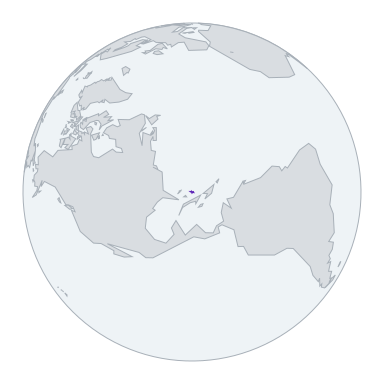 the Earth from above Long Island, rotated 306°
{"feature_id": "BHS-5033", "entity_name": "Long Island", "entity_type": "District", "adm_level": 1, "iso_a3": "BHS", "parent_name": "The Bahamas", "parent_adm1": "", "projection": "orthographic", "projection_center": [-75.131, 23.273], "detail": "fine", "context": "on_globe", "style": "filled", "palette": "violet", "viewbox_px": 384, "rotation_deg": 306, "n_neighbors": 0, "source": "natural_earth", "source_scale": "10m", "svg_char_len": 9585}
<svg xmlns="http://www.w3.org/2000/svg" viewBox="0 0 384 384"><g transform="rotate(306 192 192)"><circle cx="192" cy="192" r="169" fill="#eef3f6" stroke="#a8b0b8"/><path d="M183.1,235.5L179.1,233.7L175.2,238.4L161.6,229.9L156.8,219.8L115.8,199.1L111.7,193.2L112.0,184.7L100.4,153.9L104.5,181.6L99.5,175.4L96.0,165.1L98.6,163.3L96.9,148.8L92.8,142.4L94.4,124.8L106.3,105.2L107.3,109.0L110.0,104.3L108.9,99.4L107.6,97.4L115.6,78.4L113.8,66.4L107.7,66.7L113.4,63.9L98.1,67.7L93.7,66.0L102.1,65.6L105.6,63.9L104.3,61.3L107.6,59.1L108.8,56.8L112.9,54.5L117.5,55.0L120.2,53.7L119.1,52.1L122.5,49.1L123.7,51.7L129.7,47.0L138.6,48.1L138.6,58.7L146.9,59.1L155.9,70.1L158.5,67.8L163.5,71.2L168.3,70.0L168.6,72.9L172.2,69.6L171.1,67.2L172.3,65.1L175.0,64.4L175.8,67.7L174.6,68.5L176.3,69.2L175.5,71.2L177.4,69.8L178.1,74.2L181.5,68.8L185.5,71.6L184.8,74.8L179.6,75.7L165.1,87.1L162.8,91.5L164.9,96.4L180.0,102.5L179.7,107.2L183.2,112.7L185.8,109.3L184.0,103.9L189.7,99.3L186.8,93.7L188.7,91.3L187.9,85.5L193.8,85.3L199.9,88.3L200.9,93.3L203.6,94.9L207.3,89.6L213.6,98.8L225.5,105.3L226.5,108.1L220.1,113.9L208.4,114.9L200.1,124.4L211.3,117.4L213.6,125.3L216.4,126.4L219.7,125.7L221.1,122.5L223.1,125.3L212.8,132.8L210.8,130.3L214.1,127.8L208.6,128.6L201.7,134.6L203.4,138.6L191.1,144.8L192.2,147.9L190.1,151.3L189.2,145.8L190.6,156.1L176.4,167.7L178.0,186.0L170.2,171.7L163.5,169.9L155.5,169.9L155.6,172.9L144.9,170.0L135.2,175.5L131.6,189.6L135.3,201.0L147.2,202.4L150.8,196.5L159.5,195.8L153.2,211.9L168.5,214.8L167.0,226.9L171.4,233.2L179.1,231.7L187.0,234.7L192.6,227.7L201.7,223.6L202.0,233.3L206.9,224.3L212.1,228.7L230.1,227.0L228.7,229.3L243.9,239.0L260.0,241.5L263.8,247.7L261.9,252.2L267.4,252.4L267.5,255.1L289.2,254.3L299.9,257.8L299.3,266.8L289.8,279.4L280.1,301.2L262.7,311.0L257.5,319.0L242.7,331.0L232.3,331.7L234.5,335.9L228.1,339.2L221.2,340.0L219.3,343.1L214.2,343.5L217.2,345.1L208.1,349.1L209.9,351.6L203.2,354.2L204.5,355.4L202.2,355.4L199.6,356.0L199.2,356.6L192.3,355.6L191.1,352.6L194.0,351.0L191.0,350.7L197.3,345.9L193.7,346.9L195.6,338.9L201.2,331.4L205.8,307.1L202.3,301.9L189.5,295.8L174.1,274.6L178.3,265.7L174.9,261.3L186.1,248.1L183.1,235.5ZM34.3,152.0L35.6,148.3L35.3,151.4L34.3,152.0ZM36.0,145.6L35.6,146.9L35.9,145.7L36.0,145.6ZM36.0,144.4L36.0,145.2L35.8,144.6L36.0,144.4ZM35.8,143.2L35.9,143.7L35.8,143.2ZM177.1,192.2L194.6,200.8L184.7,202.0L186.6,200.4L182.2,196.8L173.9,193.5L165.2,195.1L177.1,192.2ZM36.0,140.3L36.1,139.4L36.4,139.5L36.0,140.3ZM184.9,182.2L181.9,181.5L184.8,181.4L184.9,182.2ZM106.4,97.0L108.6,99.6L108.3,105.1L106.1,103.1L106.4,97.0ZM107.4,87.5L109.3,87.8L106.1,92.3L106.0,90.7L107.4,87.5ZM102.6,67.7L103.8,69.0L101.5,68.5L102.6,67.7ZM108.3,56.9L106.9,57.3L108.1,55.9L108.3,56.9ZM184.8,86.1L186.3,85.9L185.7,87.0L184.8,86.1ZM183.0,84.0L181.1,85.6L180.0,84.9L181.1,83.9L183.0,84.0ZM115.5,51.4L117.9,49.4L116.2,51.5L115.5,51.4ZM185.5,82.3L178.2,83.4L176.2,82.1L179.0,77.4L185.5,82.3ZM119.8,48.2L125.5,43.7L122.9,44.1L133.4,41.0L125.1,45.6L123.5,48.0L122.4,47.3L119.8,48.2ZM169.5,66.9L170.9,69.3L167.2,68.1L169.5,66.9ZM166.8,66.6L153.8,66.8L153.1,63.1L157.6,63.7L154.7,59.9L160.8,58.0L163.8,59.7L163.0,62.3L165.9,59.6L166.8,66.6ZM138.2,40.2L140.3,39.4L139.0,40.4L138.2,40.2ZM172.4,64.2L169.9,64.4L169.1,61.2L174.1,60.3L172.7,61.6L172.4,64.2ZM150.9,60.0L151.3,57.6L156.3,55.4L157.1,54.3L160.9,57.7L150.9,60.0ZM174.3,61.9L176.7,59.9L179.5,60.8L174.9,63.8L174.3,61.9ZM166.8,60.9L166.6,59.4L168.4,59.8L166.8,60.9ZM191.0,63.4L188.0,63.4L187.3,61.7L191.0,63.4ZM177.4,59.1L176.4,58.9L175.8,58.3L177.9,57.2L177.4,59.1ZM164.1,56.0L166.2,55.7L162.8,54.5L166.5,53.0L168.3,55.6L169.1,53.9L170.2,53.5L170.5,56.2L164.1,56.0ZM178.2,54.5L181.8,57.8L187.6,58.0L188.4,59.4L178.9,58.9L178.2,54.5ZM173.6,55.2L176.6,55.0L176.0,56.7L173.6,58.0L173.6,55.2ZM168.3,51.2L162.2,52.7L162.0,52.1L168.3,51.2ZM180.0,54.1L179.1,53.4L180.5,53.9L180.0,54.1ZM172.0,51.6L169.9,52.2L169.7,51.4L172.0,51.6ZM179.0,51.5L180.2,52.5L178.6,53.3L179.0,51.5ZM175.9,51.3L176.1,50.2L177.3,53.0L175.0,51.6L175.9,51.3ZM172.2,50.8L171.4,50.6L173.1,50.7L172.2,50.8ZM184.4,48.3L186.2,51.6L182.7,53.2L181.4,49.7L184.4,48.3ZM203.6,357.5L192.8,356.0L199.0,356.8L203.6,355.6L209.1,356.7L203.6,357.5ZM217.1,354.1L222.3,353.0L223.4,353.2L220.1,354.0L217.1,354.1ZM320.3,82.0L324.2,87.5L319.9,83.2L310.9,72.2L308.1,69.3L320.3,82.0ZM302.9,64.5L302.4,64.3L296.5,59.4L301.7,64.0L303.0,64.8L306.2,67.9L305.2,67.4L303.2,65.6L303.7,66.7L313.3,76.1L315.7,77.9L319.8,84.8L324.1,88.8L326.8,92.7L320.6,87.7L317.7,84.6L309.9,82.3L313.3,85.9L320.9,88.7L320.5,89.5L325.1,95.3L321.3,91.6L312.1,88.4L312.8,95.9L321.6,115.0L320.3,119.6L315.7,120.4L304.6,106.1L308.6,97.6L304.8,93.1L297.2,90.1L299.0,88.0L296.5,86.0L297.3,82.9L291.9,75.0L291.7,71.8L283.2,65.7L282.0,63.4L287.4,67.6L291.1,69.1L289.9,62.5L287.8,60.3L282.4,57.0L282.8,55.9L277.6,53.7L273.8,49.3L274.1,52.9L267.7,50.0L261.9,46.1L259.9,45.9L269.3,52.4L273.0,54.5L276.1,55.2L286.2,62.5L288.0,65.6L277.6,61.0L278.9,65.1L270.2,60.4L250.1,44.6L245.0,40.1L250.1,37.4L255.0,39.4L255.6,41.2L261.0,41.6L257.7,40.5L258.0,39.9L252.0,37.5L251.9,37.0L246.2,35.8L245.5,35.0L249.1,35.7L239.5,32.1L236.2,30.3L234.0,29.8L232.7,29.8L229.4,27.9L227.9,27.7L228.5,28.2L225.9,28.2L220.2,27.6L219.4,26.9L221.4,27.0L224.2,26.7L229.5,27.5L228.6,27.3L223.8,26.4L220.3,26.8L217.1,26.7L218.1,26.2L217.5,26.3L215.6,26.1L213.0,25.4L211.6,25.9L192.3,26.1L185.3,25.4L188.4,24.5L174.0,25.6L167.3,25.8L167.8,26.0L161.2,27.5L163.3,27.4L163.0,27.7L147.1,32.5L142.8,33.6L136.5,37.0L136.7,37.3L139.6,36.7L133.4,41.0L122.9,44.1L122.9,43.2L116.4,46.2L117.2,43.9L114.9,43.8L119.6,40.3L117.3,41.0L115.0,42.2L110.2,44.3L109.3,44.7L117.4,40.4L120.0,39.2L124.8,38.7L123.7,38.1L127.0,36.9L128.5,36.0L127.4,36.0L125.4,36.8L132.3,33.9L143.8,30.1L155.6,27.0L167.5,24.8L179.5,23.5L191.7,23.0L203.8,23.5L215.8,24.7L227.8,26.9L239.5,29.9L251.0,33.7L262.2,38.3L273.1,43.8L283.5,50.0L293.5,56.9L302.9,64.5ZM359.6,213.0L360.0,202.1L360.1,189.6L359.3,186.5L358.4,190.8L357.1,187.2L356.2,189.1L347.3,206.1L342.0,203.1L329.8,187.2L329.6,176.5L325.2,166.8L320.2,120.5L324.1,118.6L325.7,102.8L326.8,102.3L332.0,110.1L337.5,109.5L333.0,101.3L332.7,98.5L332.1,97.5L338.5,107.8L344.2,118.6L349.0,129.7L353.1,141.1L356.3,152.8L358.7,164.7L360.3,176.7L360.9,188.8L360.7,200.9L359.6,213.0ZM327.7,140.5L329.2,143.5L327.7,140.5ZM230.6,226.8L232.8,228.5L229.9,228.8L230.6,226.8ZM183.4,206.1L187.1,206.3L189.0,207.8L186.2,208.4L183.4,206.1ZM214.4,205.4L218.6,206.0L214.2,207.1L214.4,205.4ZM197.4,201.9L211.0,205.3L202.5,208.6L193.9,206.5L199.8,205.5L197.4,201.9ZM183.2,188.1L185.5,188.8L184.9,190.6L183.2,188.1ZM187.1,182.2L186.2,182.4L185.0,180.8L187.1,182.2ZM214.2,124.8L215.1,124.3L218.4,124.3L216.9,125.8L214.2,124.8ZM232.7,116.9L235.6,121.6L232.5,119.0L231.0,121.6L222.7,119.9L226.6,109.4L226.3,114.3L232.7,116.9ZM212.7,115.3L217.5,117.2L212.1,115.6L212.7,115.3ZM281.3,79.2L283.8,79.1L286.7,82.1L286.8,87.3L282.6,83.0L281.3,79.2ZM286.6,78.5L276.2,73.2L275.7,70.1L277.7,72.6L278.5,71.2L281.9,74.9L291.6,77.7L294.8,80.6L293.3,87.9L292.0,83.7L289.7,83.9L286.6,78.5ZM250.6,69.2L246.1,68.1L250.8,62.8L254.5,64.6L254.9,69.6L250.7,70.4L250.6,69.2ZM191.9,74.3L189.9,75.0L189.6,73.9L191.2,72.5L191.9,74.3ZM189.6,63.5L200.5,70.4L198.8,71.5L207.3,74.8L205.9,79.0L200.4,76.6L205.7,82.6L200.3,82.1L204.4,86.1L192.4,80.3L187.7,80.4L193.4,78.5L194.8,74.6L194.0,72.9L188.2,68.6L178.7,67.5L178.6,63.9L181.0,61.6L183.3,61.2L182.6,63.6L186.1,61.5L186.9,64.8L189.6,63.5ZM209.4,43.0L207.7,44.8L214.8,43.2L215.6,45.6L216.4,45.3L219.1,47.2L223.8,49.0L223.4,50.2L225.4,50.5L227.2,51.9L229.8,52.7L230.0,55.2L233.2,56.6L231.5,57.0L236.9,58.7L233.0,58.6L235.0,60.8L237.7,59.8L232.6,73.4L233.4,80.0L236.3,85.7L229.2,85.4L221.9,80.1L215.6,73.1L215.8,67.1L212.6,68.3L211.7,65.9L214.6,66.0L209.6,64.5L209.6,62.6L204.0,57.7L196.7,57.3L194.5,55.7L197.4,55.0L193.1,54.0L197.1,51.6L195.6,50.5L198.0,47.2L204.5,46.8L202.3,45.6L204.0,43.4L209.4,43.0ZM185.3,47.4L192.8,45.7L197.0,46.4L191.0,51.8L191.8,53.2L188.2,57.2L182.2,56.2L183.8,55.1L184.0,53.9L185.8,54.6L184.4,53.1L186.6,51.6L186.1,50.1L188.7,49.9L185.3,47.4ZM324.8,98.3L325.1,97.4L324.7,95.4L327.6,99.2L324.8,98.3ZM318.7,96.2L318.5,94.7L322.4,98.6L322.2,99.8L318.7,96.2ZM315.0,90.8L318.2,94.3L316.3,93.1L315.0,90.8ZM286.8,66.3L286.1,64.8L287.4,65.4L289.3,67.0L286.8,66.3ZM230.5,40.3L228.9,40.8L227.9,40.4L222.3,40.2L221.2,38.7L224.1,38.2L230.5,40.3ZM324.0,86.5L323.9,86.4L323.5,85.9L324.0,86.5ZM327.6,93.1L327.7,92.3L328.4,94.2L327.6,93.1ZM228.4,38.6L226.2,38.6L227.0,37.9L228.4,38.6ZM220.1,37.6L220.5,36.6L220.4,38.5L220.1,37.6ZM216.0,28.5L225.1,30.1L230.9,30.9L233.0,30.6L233.9,32.1L224.9,30.8L216.0,28.5ZM195.3,26.3L193.5,27.1L191.7,26.7L191.9,26.5L195.3,26.3ZM196.1,26.9L198.7,28.1L196.0,28.6L194.4,27.4L196.1,26.9ZM213.9,32.4L216.7,32.9L215.9,33.4L213.9,32.4ZM139.4,39.1L140.2,39.4L138.4,39.8L139.4,39.1ZM164.3,27.6L163.6,28.1L161.5,28.4L164.3,27.6ZM160.6,29.8L163.5,29.1L160.8,30.1L160.6,29.8ZM169.9,27.8L164.8,29.0L169.2,27.5L169.9,27.8Z" fill="#d9dde1" stroke="#a8b0b8" stroke-width="1"/><path d="M192.7,192.9L192.8,192.9L192.8,193.0L192.7,193.2L192.6,192.9L192.5,192.7L192.4,192.6L192.1,192.5L192.0,192.4L191.8,192.3L191.7,192.3L191.8,192.2L191.9,192.3L192.0,192.4L192.1,192.5L192.2,192.4L192.0,192.2L192.0,191.9L192.0,191.7L191.9,191.7L191.9,191.8L191.9,191.7L191.7,191.5L191.8,191.4L191.7,191.4L191.7,191.2L191.5,190.9L191.5,191.0L191.5,190.9L191.4,190.9L191.4,191.0L191.4,190.9L191.5,190.9L191.7,191.1L191.8,191.2L191.8,191.3L191.9,191.5L192.1,191.9L192.1,192.0L192.1,192.3L192.3,192.4L192.5,192.5L192.8,192.8L192.7,192.9Z" fill="#8b5cf6" stroke="#5b21b6" stroke-width="1.5"/></g></svg>